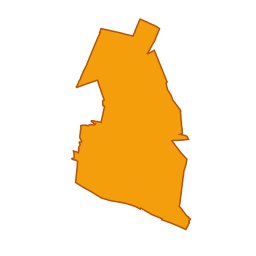 Vrata, Mehedinti, Romania (Albers equal-area conic projection), rotated 354°
{"feature_id": "2599482B32137491350776", "entity_name": "Vrata", "entity_type": "district", "adm_level": 2, "iso_a3": "ROU", "parent_name": "Romania", "parent_adm1": "Mehedinti", "projection": "albers", "projection_center": [22.837, 44.188], "detail": "fine", "context": "isolated", "style": "filled", "palette": "amber", "viewbox_px": 256, "rotation_deg": 354, "n_neighbors": 0, "source": "geoboundaries", "source_scale": "gbopen_adm2", "svg_char_len": 5633}
<svg xmlns="http://www.w3.org/2000/svg" viewBox="0 0 256 256"><g transform="rotate(354 128 128)"><path d="M187.1,145.7L187.0,145.3L185.8,142.6L185.5,142.3L183.6,141.2L179.0,139.7L180.7,139.2L181.2,139.1L181.4,139.0L181.5,138.9L181.7,135.1L181.6,133.0L181.5,132.7L181.5,132.3L181.5,130.9L181.6,129.0L181.6,126.5L181.6,125.8L181.6,125.3L181.7,122.3L181.8,121.4L181.8,120.1L181.8,119.3L181.8,118.2L181.7,117.3L182.2,117.2L182.2,116.9L181.7,115.3L181.5,114.9L179.8,112.1L179.6,111.7L179.1,110.8L178.2,109.5L177.7,108.5L176.5,106.6L176.4,106.4L176.1,106.0L175.6,105.3L175.3,104.1L175.0,103.0L174.9,102.5L174.4,100.4L174.2,99.9L172.6,96.6L172.1,95.4L171.4,94.1L171.3,93.8L171.2,92.5L171.1,92.4L171.0,91.2L170.6,87.4L170.7,87.2L170.9,86.9L171.5,86.7L171.7,86.3L171.6,85.9L169.1,77.3L168.4,74.7L168.3,74.3L168.2,73.9L167.3,71.0L166.6,68.6L165.9,66.2L165.4,64.3L164.4,60.9L162.8,55.4L162.3,53.5L155.3,56.3L155.1,55.9L158.5,51.4L161.0,47.6L162.6,45.5L164.0,43.4L164.4,42.8L165.0,41.3L166.2,39.1L168.2,35.4L169.8,32.6L166.9,29.9L166.5,29.7L165.6,29.4L165.2,28.9L160.7,26.4L158.7,25.1L156.0,23.6L155.4,23.3L154.4,22.6L153.8,22.2L153.4,22.1L152.6,21.6L151.3,21.0L150.2,23.1L149.8,23.7L149.3,24.8L148.6,25.8L148.1,26.8L147.8,27.1L147.8,27.3L147.6,27.8L147.4,28.3L147.0,29.1L146.5,29.7L145.9,30.7L145.4,31.9L145.1,32.3L144.9,33.1L144.8,33.3L143.8,34.9L143.6,35.3L143.0,36.3L142.6,37.1L140.5,36.3L139.8,36.1L137.4,35.2L136.9,35.1L134.3,34.2L133.0,33.6L129.3,32.2L125.0,30.8L116.5,27.9L115.9,27.7L113.7,27.0L111.6,26.3L111.1,27.2L110.4,29.0L109.8,30.0L110.1,30.1L110.0,30.3L110.0,30.7L109.8,31.3L109.7,31.5L109.4,31.8L108.4,33.5L108.1,34.0L107.8,34.4L106.7,36.3L106.4,36.9L105.8,38.0L105.6,38.3L105.1,39.3L104.8,39.8L103.7,41.8L103.4,42.5L102.9,43.2L102.5,44.0L99.5,49.5L99.3,50.1L98.2,52.0L98.0,52.3L97.8,52.8L96.7,54.6L96.6,55.0L96.1,56.0L95.8,56.6L95.2,57.5L95.0,57.8L94.9,58.0L94.8,58.4L94.7,58.8L94.2,59.4L93.8,60.4L93.0,61.7L92.0,63.2L91.3,64.4L91.1,64.6L90.9,65.1L90.5,65.8L90.1,66.1L89.9,66.4L89.6,66.8L89.4,67.3L89.1,67.8L89.0,68.3L88.3,69.2L88.2,69.6L87.8,70.3L87.6,70.6L86.7,72.1L86.4,72.6L86.3,73.2L85.6,74.4L85.5,74.6L85.3,74.9L85.1,75.1L84.4,76.0L83.9,76.8L83.5,77.7L82.9,78.9L82.6,79.3L81.6,81.0L81.3,81.5L80.9,81.7L81.1,82.3L90.6,80.0L98.8,78.1L102.5,77.2L102.7,77.7L103.0,78.7L103.1,79.7L103.9,83.0L104.1,84.5L104.7,86.4L105.0,88.2L105.4,90.1L105.5,90.6L106.2,93.3L106.5,94.6L106.9,95.8L107.1,97.2L107.2,97.6L106.2,97.7L106.1,97.8L105.9,98.2L105.5,99.2L105.4,100.1L105.5,100.6L105.3,102.6L105.4,102.8L105.9,103.2L105.9,103.5L106.1,103.7L106.7,104.0L106.9,104.1L107.1,104.3L107.0,104.6L106.6,105.2L106.2,106.2L106.0,106.9L105.4,108.7L102.5,117.5L101.9,119.3L101.9,119.5L101.7,119.5L98.7,118.6L98.3,118.3L97.9,118.3L97.2,118.2L96.9,118.2L95.1,117.5L93.4,117.0L92.7,117.0L92.2,117.3L92.2,117.6L92.5,117.9L94.0,119.2L94.6,120.0L95.2,120.4L95.8,120.4L96.1,120.6L95.9,120.8L95.5,121.1L95.0,121.4L94.6,121.5L92.6,121.1L91.2,120.5L90.9,120.6L90.4,121.0L89.5,121.1L89.0,121.5L88.8,121.6L88.4,121.5L86.7,120.9L84.6,120.6L82.6,120.5L82.0,120.7L81.5,120.7L81.3,120.8L81.1,122.0L81.2,122.3L81.2,122.9L81.1,123.3L81.0,123.8L80.8,124.7L80.6,125.1L80.4,125.8L80.3,126.7L80.1,127.1L80.1,127.6L80.2,127.9L80.1,128.2L80.0,128.3L79.8,129.0L79.5,129.8L79.3,130.8L79.2,131.1L79.2,131.6L79.3,132.2L79.2,132.4L79.1,132.8L79.2,133.2L79.3,133.5L79.6,133.9L79.8,134.5L79.9,134.9L80.1,135.2L80.3,135.5L80.5,136.1L80.5,136.5L80.5,137.0L80.4,137.0L79.4,137.1L78.3,136.8L78.2,136.9L78.0,137.1L78.0,137.6L78.2,138.3L78.4,138.6L78.6,138.8L78.8,139.2L78.7,139.5L78.4,139.9L78.2,140.2L78.1,140.7L77.7,141.1L77.3,141.3L77.0,141.9L76.9,142.4L76.7,142.7L76.6,143.4L76.7,143.9L76.9,143.9L76.9,144.1L76.8,144.6L76.6,144.8L76.6,145.0L76.5,145.7L76.3,146.3L76.3,146.5L76.2,146.7L76.0,147.0L76.0,147.3L74.8,146.6L73.9,146.3L72.3,145.5L71.3,145.1L71.3,145.6L71.4,146.1L71.6,147.6L71.6,148.3L71.5,149.9L71.4,150.0L71.4,151.2L71.4,151.6L71.0,152.2L70.9,152.3L70.2,152.3L69.3,152.4L69.1,152.4L69.0,152.5L68.9,152.7L68.9,152.8L69.3,153.0L69.9,153.5L70.0,153.6L70.2,153.8L70.4,153.8L70.7,153.9L71.0,153.9L71.3,153.9L71.9,154.4L72.2,154.3L73.5,154.9L73.2,154.9L73.2,155.1L73.7,155.4L73.8,155.5L74.4,156.0L74.3,156.8L73.8,158.3L73.7,158.8L73.8,159.1L73.7,160.1L73.5,160.6L73.3,162.1L72.6,165.4L72.3,166.7L72.1,167.5L70.2,176.7L76.5,181.7L86.0,188.4L94.0,194.7L102.1,198.1L110.5,200.5L118.9,203.1L127.1,206.8L131.7,210.0L132.3,209.0L142.8,216.7L152.4,221.8L152.0,222.8L160.2,226.7L167.9,230.9L174.9,235.0L179.0,228.9L178.8,228.5L179.1,228.3L179.1,228.0L178.7,227.1L178.7,226.9L179.5,226.3L179.8,226.0L180.6,225.1L179.3,224.0L179.0,223.8L179.1,223.2L178.9,222.9L177.2,221.4L176.7,220.8L175.9,219.4L175.7,219.1L175.2,218.2L174.3,216.7L173.5,215.4L172.9,214.2L171.4,212.1L170.7,211.2L171.6,208.8L172.6,204.9L172.7,204.6L172.7,204.2L172.8,204.0L172.8,203.6L172.9,203.1L173.1,202.4L173.3,201.7L173.3,201.2L174.0,198.8L174.1,198.1L174.2,197.7L174.5,196.4L174.8,195.2L174.8,194.8L174.9,194.5L175.0,193.8L175.3,192.9L175.6,191.5L175.9,190.3L176.2,189.5L176.2,189.2L176.3,188.8L176.5,188.1L176.6,187.4L176.9,186.7L176.9,186.1L177.0,185.8L177.0,185.5L177.2,184.5L177.3,183.9L177.7,182.5L178.0,181.8L178.3,181.0L178.4,180.4L178.4,180.0L178.4,179.7L178.5,179.3L178.8,178.3L178.9,177.3L179.0,176.7L179.1,176.4L179.7,175.5L180.4,173.6L180.7,172.9L180.8,172.5L181.7,170.8L182.2,169.2L182.4,168.4L182.7,167.5L182.9,166.5L183.3,165.4L183.3,165.2L178.3,158.5L175.7,154.3L175.0,153.0L173.4,150.6L171.0,146.4L170.1,145.2L170.3,145.1L170.8,145.1L174.0,145.3L174.6,145.4L176.5,145.6L178.4,145.6L180.3,145.6L181.4,145.7L183.3,145.6L187.1,145.7Z" fill="#f59e0b" stroke="#b45309" stroke-width="1.5"/></g></svg>